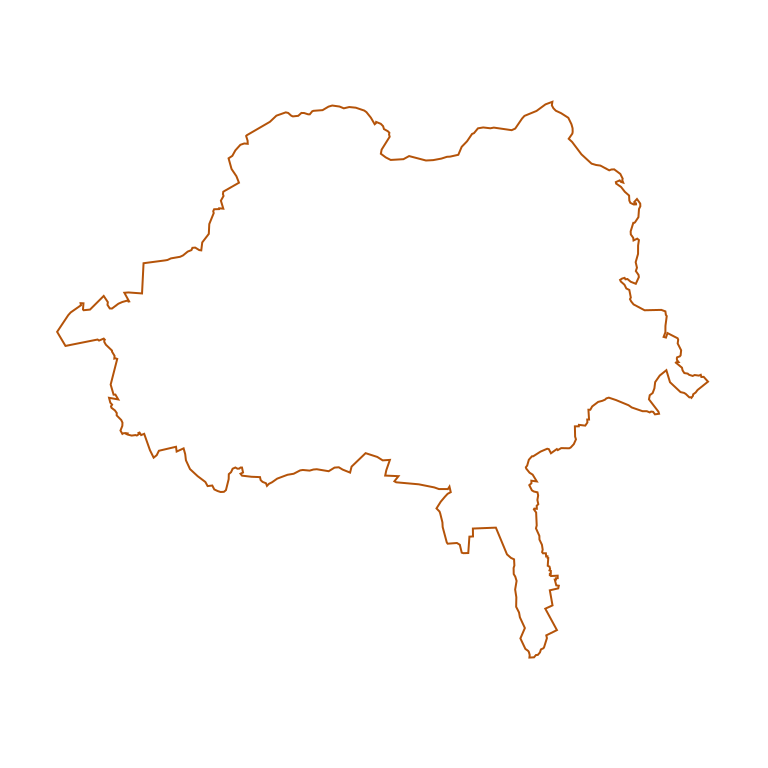 Moinesti, Bacau, Romania (Mercator projection), rotated 87°
{"feature_id": "2599482B46572722657661", "entity_name": "Moinesti", "entity_type": "district", "adm_level": 2, "iso_a3": "ROU", "parent_name": "Romania", "parent_adm1": "Bacau", "projection": "mercator", "projection_center": [26.472, 46.47], "detail": "fine", "context": "isolated", "style": "outline", "palette": "amber", "viewbox_px": 768, "rotation_deg": 87, "n_neighbors": 0, "source": "geoboundaries", "source_scale": "gbopen_adm2", "svg_char_len": 6125}
<svg xmlns="http://www.w3.org/2000/svg" viewBox="0 0 768 768"><g transform="rotate(87 384 384)"><path d="M479.6,506.2L477.7,504.2L476.3,501.0L472.9,495.6L469.6,485.1L468.9,478.9L465.9,472.3L465.6,469.6L466.6,462.8L465.7,458.9L465.6,455.6L468.2,443.8L464.9,437.8L464.8,433.5L467.3,429.8L470.7,422.5L464.8,420.7L452.1,406.0L456.5,394.5L460.2,389.3L460.1,382.1L470.2,386.2L475.5,387.6L476.8,374.4L481.7,378.7L482.8,377.0L486.0,354.5L489.9,339.2L491.8,334.6L492.3,325.7L489.9,324.0L495.5,323.0L497.0,326.2L499.8,329.1L504.5,333.5L511.0,338.1L514.3,335.2L516.4,334.6L525.2,332.9L529.9,332.9L545.5,329.6L546.8,328.8L546.6,319.5L548.5,316.7L556.5,315.2L557.1,313.6L557.2,308.7L540.9,306.7L540.9,303.1L533.0,302.8L533.3,279.8L560.6,270.1L564.3,266.3L565.9,263.3L572.1,263.3L574.5,264.2L580.6,264.4L583.2,263.0L587.6,261.9L596.1,263.8L603.9,263.0L613.4,263.7L619.3,261.1L624.1,260.5L635.1,256.1L645.2,261.1L655.9,256.7L658.2,253.9L659.4,253.3L662.3,252.7L664.8,253.1L664.8,248.5L662.6,246.4L662.6,244.6L660.2,242.3L657.3,241.2L656.2,238.6L655.2,237.9L646.3,234.6L643.5,235.1L638.8,224.2L616.8,234.7L613.9,227.3L598.7,229.2L597.2,220.7L594.6,220.0L594.1,222.5L588.3,223.7L588.3,222.5L587.0,222.5L587.0,220.7L584.5,220.6L584.5,227.2L583.7,227.3L583.6,228.4L582.2,228.3L581.7,227.3L579.3,227.2L578.8,228.5L577.3,227.8L575.0,228.3L574.1,230.0L566.4,229.1L566.3,229.7L564.6,229.8L564.7,231.1L561.5,231.2L561.4,234.1L560.2,234.9L557.7,234.2L552.8,234.7L547.5,236.9L543.8,236.8L536.1,239.8L533.3,238.9L520.3,238.8L517.0,240.9L516.3,240.4L516.6,237.9L513.6,237.9L512.1,236.2L507.9,236.9L503.3,235.9L500.2,236.4L499.2,240.0L497.9,241.9L492.6,244.2L490.9,242.0L488.3,241.9L489.3,236.5L482.3,240.3L480.2,243.3L475.9,246.4L474.6,246.7L473.0,245.3L467.2,243.3L463.9,240.0L464.0,238.8L459.7,231.2L457.2,224.4L457.7,222.8L461.9,220.9L458.0,214.8L459.1,213.9L457.3,210.4L457.9,202.4L457.2,200.9L454.0,197.6L449.3,195.2L446.6,195.9L436.3,195.6L436.5,191.7L435.0,191.5L436.1,185.2L433.1,182.9L430.1,182.9L430.2,181.1L420.4,181.2L420.5,179.3L417.3,177.3L413.1,171.1L412.2,166.8L411.2,164.1L410.0,162.7L409.4,160.2L412.2,153.1L418.0,140.9L420.4,137.8L424.7,127.2L424.9,123.0L426.3,120.1L425.5,118.7L425.9,116.7L428.5,115.0L428.1,110.9L426.0,111.4L413.2,120.2L409.1,119.2L407.1,116.2L402.5,114.2L396.3,113.1L390.0,108.2L385.0,101.3L397.2,98.3L407.6,88.3L408.6,84.8L409.7,83.2L413.3,79.8L413.3,78.2L413.9,77.7L412.0,76.1L410.5,75.8L408.8,73.2L406.4,71.2L398.6,60.3L393.6,64.4L393.6,66.7L391.4,67.2L392.1,69.1L391.3,73.3L392.1,75.3L390.8,78.8L389.5,80.2L388.8,83.5L386.1,85.1L383.3,85.6L378.0,91.4L377.5,90.9L377.5,88.7L375.3,90.2L373.5,90.2L372.7,89.9L371.9,87.2L370.9,86.3L365.9,85.5L358.9,88.6L355.1,87.9L353.7,88.4L348.0,98.2L352.4,100.0L351.6,102.3L347.1,100.3L340.7,99.9L331.0,98.1L329.7,98.9L326.2,99.2L324.5,103.2L324.0,119.9L317.6,130.6L314.4,132.9L312.1,133.9L310.6,133.0L302.9,134.1L301.3,137.0L297.4,138.7L294.1,142.1L292.4,142.8L291.2,140.8L290.6,138.2L292.1,137.4L291.9,135.4L294.8,132.3L297.1,127.3L290.6,123.9L288.4,124.1L284.4,126.6L281.1,125.3L275.5,126.3L267.4,123.5L259.0,123.0L253.6,121.9L252.1,123.5L253.7,127.3L251.0,127.5L247.6,129.7L244.5,129.7L236.1,126.6L236.2,125.7L235.7,124.9L230.7,121.2L222.6,120.2L219.9,118.7L217.2,118.7L212.5,121.7L215.4,124.6L216.4,124.3L216.8,122.9L217.8,122.9L217.8,125.2L216.0,128.5L213.7,129.4L208.6,129.4L204.6,133.5L199.7,136.9L196.0,141.7L194.5,141.9L193.0,138.0L194.5,136.9L195.4,134.6L192.9,135.4L191.5,134.9L186.6,137.0L181.7,142.9L181.7,145.7L182.4,147.9L177.2,156.5L176.4,160.7L174.8,165.2L165.0,174.8L152.1,183.5L148.8,186.7L143.8,182.8L142.1,182.4L138.5,182.3L134.4,183.2L127.8,186.0L122.8,193.0L120.1,198.1L117.5,200.4L114.5,201.8L111.0,201.1L113.2,208.1L119.3,217.4L123.6,229.7L126.1,232.2L135.8,239.6L137.2,243.2L133.7,260.9L134.2,264.4L133.0,271.5L133.6,276.8L138.2,281.0L138.9,283.0L146.0,288.4L151.2,294.0L159.0,297.8L160.4,306.1L160.4,309.2L161.9,314.9L163.0,323.2L163.0,330.4L157.7,347.0L160.5,352.8L160.6,365.6L157.8,370.4L153.9,375.1L149.8,374.1L137.4,365.4L135.0,365.9L133.4,365.5L131.8,366.9L129.4,370.7L126.5,371.4L124.0,373.6L121.9,378.1L123.1,378.4L124.1,379.7L117.3,383.2L111.6,387.3L109.9,389.4L106.6,397.7L105.6,404.2L106.6,409.7L104.6,413.9L103.2,421.1L104.1,424.9L107.3,431.0L107.5,440.1L107.9,441.4L110.8,444.0L110.7,445.7L109.2,449.6L109.0,452.3L111.7,455.6L112.0,461.0L111.2,462.6L108.3,465.5L107.6,467.9L110.4,477.4L116.2,484.2L128.4,508.0L129.1,508.7L133.8,507.5L137.0,507.5L136.5,511.0L137.6,514.9L142.9,520.2L148.2,523.5L150.5,527.4L161.3,525.0L168.8,520.5L175.4,518.3L183.5,534.4L185.9,534.9L187.8,534.4L192.4,537.3L200.5,535.3L199.9,539.4L200.7,539.5L200.6,544.5L202.5,545.5L204.4,545.1L215.1,550.1L224.9,551.1L233.1,558.1L241.0,559.5L240.6,561.5L237.9,565.4L238.0,568.2L240.2,569.3L241.5,573.1L245.1,578.0L246.3,581.0L247.4,590.2L248.8,593.7L249.1,596.1L250.8,617.8L280.9,620.9L279.2,634.4L279.3,638.5L288.2,634.2L288.3,634.9L287.2,635.6L288.4,641.0L289.9,645.0L294.4,651.7L294.2,653.9L290.5,656.0L287.8,655.5L281.4,659.3L294.3,673.7L294.6,680.1L293.8,680.7L287.7,679.9L287.4,682.8L289.5,682.5L296.1,693.1L298.7,695.7L314.8,707.7L329.3,700.1L324.6,667.7L325.7,666.3L324.0,661.5L325.2,660.5L325.9,661.1L327.4,661.1L330.2,659.7L336.4,653.9L337.5,653.9L341.8,651.6L344.5,652.0L344.3,650.8L345.0,649.1L370.3,657.0L380.5,654.6L380.5,652.8L385.5,650.2L383.4,659.3L388.3,658.3L390.4,656.6L392.0,657.8L393.5,657.4L396.3,654.1L399.0,652.4L401.4,652.6L406.2,648.3L408.9,647.2L412.1,647.5L416.7,649.6L420.1,647.9L419.6,647.1L419.5,644.6L419.9,642.9L420.6,643.6L421.1,642.6L422.3,638.7L422.0,634.8L422.5,633.5L421.3,631.4L420.1,631.8L419.7,630.7L422.3,629.2L421.2,626.1L437.8,621.2L445.5,617.9L443.2,614.7L438.9,612.3L435.8,595.0L440.6,594.6L437.8,587.5L443.6,586.2L449.8,585.8L458.8,582.2L466.3,574.9L472.5,567.5L476.7,565.5L476.4,560.8L480.4,559.0L482.2,555.7L483.3,552.8L483.3,549.5L481.7,547.4L470.9,544.1L465.9,543.7L464.0,541.3L460.7,539.6L459.6,536.8L460.9,534.8L460.9,533.0L459.9,531.6L460.0,530.2L465.0,529.4L466.1,532.0L468.1,530.6L469.7,521.2L470.5,512.7L473.5,512.2L475.4,510.4L476.9,507.1L479.6,506.2Z" fill="none" stroke="#b45309" stroke-width="2"/></g></svg>